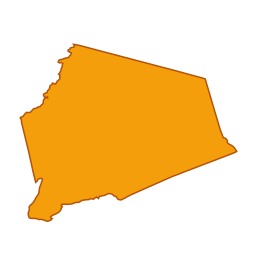 the district of Vargem Grande, Maranhão, Brazil, rotated 266°
{"feature_id": "56859067B3875589464132", "entity_name": "Vargem Grande", "entity_type": "district", "adm_level": 2, "iso_a3": "BRA", "parent_name": "Brazil", "parent_adm1": "Maranhão", "projection": "robinson", "projection_center": [-43.888, -3.737], "detail": "fine", "context": "isolated", "style": "filled", "palette": "amber", "viewbox_px": 256, "rotation_deg": 266, "n_neighbors": 0, "source": "geoboundaries", "source_scale": "gbopen_adm2", "svg_char_len": 2552}
<svg xmlns="http://www.w3.org/2000/svg" viewBox="0 0 256 256"><g transform="rotate(266 128 128)"><path d="M57.1,114.1L56.8,115.9L57.0,117.2L57.7,118.2L58.3,120.2L59.2,121.7L61.0,125.9L64.4,135.2L67.2,142.9L76.6,169.0L77.1,170.7L78.9,176.7L79.5,178.4L85.6,198.4L90.8,215.6L96.2,233.2L97.1,234.8L98.6,234.0L99.8,233.2L101.0,232.8L102.0,231.6L103.2,230.4L104.0,229.2L104.5,228.2L105.6,226.8L106.7,226.1L108.4,226.2L109.6,225.7L111.1,224.3L111.7,222.4L119.8,219.9L130.6,217.5L139.0,215.6L159.4,211.1L171.7,208.4L182.9,176.3L187.3,163.2L194.4,142.3L202.3,119.1L203.9,114.3L214.0,84.6L215.3,79.5L214.4,79.9L213.0,80.3L212.4,79.4L212.3,77.7L211.7,75.9L210.4,75.2L210.1,73.8L208.7,73.6L207.7,75.2L206.9,76.7L205.4,76.2L204.6,75.5L203.7,74.6L202.5,73.6L202.2,71.7L202.1,70.4L201.7,69.0L201.1,67.1L200.9,65.4L200.6,64.1L199.5,63.2L198.3,63.0L197.7,64.5L197.9,66.2L197.0,67.5L195.7,66.9L194.5,66.7L193.2,66.3L191.5,65.4L189.8,65.2L188.9,64.4L187.5,63.6L186.5,62.5L185.6,63.8L184.6,63.5L182.8,63.6L181.5,63.2L180.8,62.3L179.6,60.6L178.3,59.8L176.8,58.8L177.5,57.2L178.1,55.8L176.6,55.1L175.8,53.4L174.4,52.7L173.4,52.7L172.1,51.9L170.9,50.4L169.2,49.9L168.7,48.7L168.2,47.2L167.4,46.0L166.1,46.1L164.9,46.8L164.1,48.3L163.1,46.6L162.0,45.9L160.8,45.3L159.5,45.3L158.3,44.9L157.2,43.4L155.6,42.0L155.3,39.8L154.6,39.0L154.2,37.9L154.0,36.5L153.9,35.4L152.6,33.9L150.6,31.9L150.3,29.9L150.7,28.0L149.8,26.7L148.7,25.6L147.5,24.7L146.5,23.2L146.4,22.0L145.6,21.2L144.3,21.9L143.0,22.3L141.5,22.1L109.9,27.5L91.3,30.2L80.2,32.1L81.3,33.6L83.1,34.6L83.6,36.2L83.8,37.5L83.4,38.8L81.9,38.9L79.9,37.9L77.9,37.2L76.1,36.3L74.6,35.6L72.6,35.2L71.1,34.9L69.9,34.6L68.6,34.2L66.9,32.9L65.8,32.0L64.5,31.1L62.9,30.1L61.1,28.8L59.9,27.9L58.9,26.7L57.8,25.4L56.7,24.2L55.8,23.8L53.7,23.9L52.3,23.5L50.8,22.8L49.7,22.4L47.8,22.6L45.4,23.1L44.8,24.5L44.6,25.8L44.4,27.3L44.2,29.2L43.8,31.0L42.9,32.6L42.9,35.2L42.1,37.6L41.6,38.9L40.8,40.0L40.7,41.9L41.4,44.5L42.9,46.1L43.6,44.6L44.8,44.6L46.0,46.4L46.5,47.6L47.6,50.7L48.6,52.7L49.6,54.0L51.2,55.4L52.7,55.9L54.2,56.9L55.3,56.0L56.4,56.7L56.5,58.5L56.3,60.2L56.1,61.7L56.1,64.9L56.3,67.4L57.1,69.4L57.4,71.4L57.3,72.8L57.6,74.5L58.3,75.8L59.0,77.4L59.2,79.1L59.3,80.3L59.3,82.6L59.3,83.9L60.1,85.7L59.7,87.4L59.4,88.7L60.3,89.8L61.4,91.8L60.6,92.6L59.7,93.5L60.7,94.2L61.8,94.7L62.0,96.3L62.2,98.1L62.6,100.5L63.8,103.4L63.9,105.0L63.3,107.2L62.3,108.4L61.2,109.3L60.6,111.0L59.9,111.9L58.6,112.3L57.7,113.0L57.1,114.1ZM164.1,48.3L164.7,49.8L163.6,49.9L164.1,48.3Z" fill="#f59e0b" stroke="#b45309" stroke-width="1.5"/></g></svg>